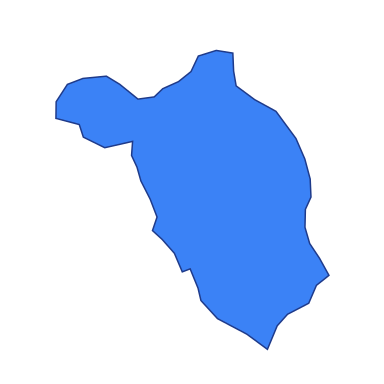 Lakatameia, Nicosia, Cyprus, rotated 189°
{"feature_id": "46923920B42994337546292", "entity_name": "Lakatameia", "entity_type": "district", "adm_level": 2, "iso_a3": "CYP", "parent_name": "Cyprus", "parent_adm1": "Nicosia", "projection": "robinson", "projection_center": [33.31, 35.116], "detail": "fine", "context": "isolated", "style": "filled", "palette": "blue", "viewbox_px": 384, "rotation_deg": 189, "n_neighbors": 0, "source": "geoboundaries", "source_scale": "gbopen_adm2", "svg_char_len": 771}
<svg xmlns="http://www.w3.org/2000/svg" viewBox="0 0 384 384"><g transform="rotate(189 192 192)"><path d="M92.9,48.4L86.9,73.2L78.5,86.2L59.3,100.4L54.5,119.3L45.2,129.4L43.7,131.1L55.7,146.5L67.7,159.5L74.9,174.8L77.3,192.6L73.7,205.6L77.3,223.3L85.7,242.2L97.7,261.1L121.7,284.8L144.5,293.0L165.0,303.7L169.8,317.9L173.4,335.6L190.2,335.6L207.0,327.3L211.8,310.8L222.6,298.9L237.0,289.5L244.2,280.0L259.9,275.3L280.3,287.1L294.7,293.0L317.5,287.1L331.9,278.8L340.3,259.9L337.9,243.4L313.9,241.0L307.9,229.2L285.1,222.1L258.6,232.7L257.4,218.6L250.2,207.9L244.2,194.9L232.2,178.4L222.6,161.8L225.0,147.7L214.2,140.6L199.8,128.7L189.1,111.6L181.8,115.8L171.0,98.0L166.2,86.2L147.0,70.9L115.7,60.2L92.9,48.4Z" fill="#3b82f6" stroke="#1e3a8a" stroke-width="1.5"/></g></svg>